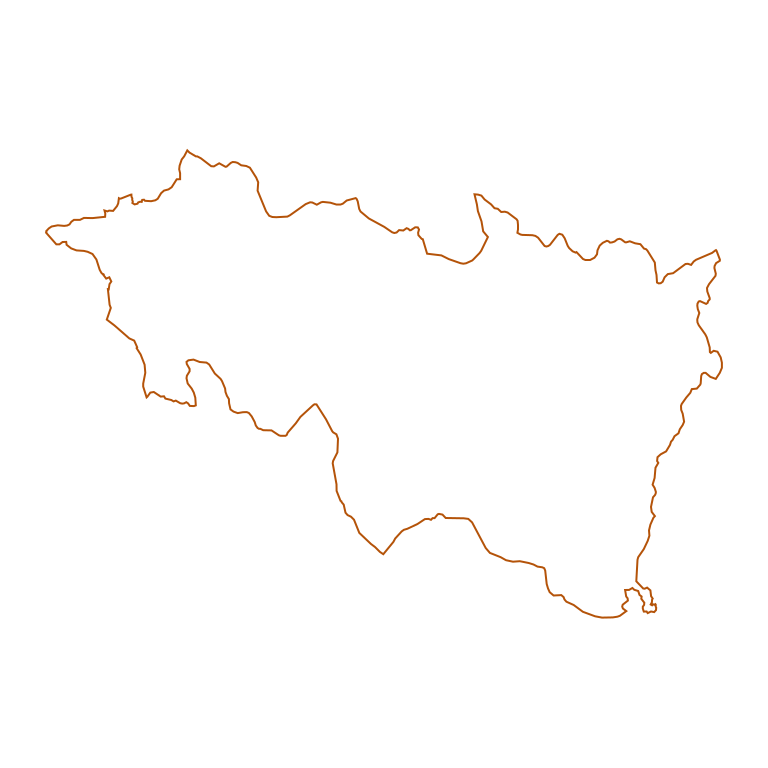 Karo, Sumatera Utara, Indonesia
{"feature_id": "22746128B49947212525753", "entity_name": "Karo", "entity_type": "district", "adm_level": 2, "iso_a3": "IDN", "parent_name": "Indonesia", "parent_adm1": "Sumatera Utara", "projection": "robinson", "projection_center": [98.306, 3.1], "detail": "fine", "context": "isolated", "style": "outline", "palette": "amber", "viewbox_px": 768, "rotation_deg": 0, "n_neighbors": 0, "source": "geoboundaries", "source_scale": "gbopen_adm2", "svg_char_len": 6101}
<svg xmlns="http://www.w3.org/2000/svg" viewBox="0 0 768 768"><path d="M143.2,386.6L146.6,397.4L147.3,396.8L150.3,392.6L153.8,392.0L160.7,396.6L164.0,396.3L165.4,398.6L171.3,400.0L173.6,401.4L175.8,400.6L180.2,403.2L182.2,403.6L184.0,403.4L186.3,402.2L188.1,403.4L189.8,405.9L193.9,406.1L195.8,405.4L195.3,397.7L193.8,392.6L191.7,388.6L187.7,383.5L186.5,378.2L186.9,375.7L189.6,371.3L189.6,368.9L186.8,364.0L186.5,361.9L188.4,360.3L193.5,359.6L199.7,362.0L206.5,362.6L209.2,364.5L214.8,373.5L220.6,378.9L222.0,381.1L225.1,388.5L225.5,392.0L226.9,395.8L228.9,399.1L229.1,403.3L230.5,409.4L233.5,411.6L237.7,413.1L243.0,412.2L246.8,412.1L248.9,413.0L251.7,416.4L254.7,422.0L255.8,425.5L257.6,428.0L259.0,428.8L260.3,428.8L263.2,430.2L271.5,430.4L278.9,435.3L280.6,435.8L285.5,435.8L286.7,435.0L287.7,432.6L295.8,423.3L300.4,416.9L313.0,405.3L314.4,404.3L316.5,404.4L326.0,419.3L332.2,431.2L333.2,432.4L336.4,434.3L338.0,438.7L337.4,452.4L333.1,461.0L332.7,463.3L336.5,484.3L336.6,490.9L340.5,500.8L341.4,501.3L341.7,502.3L343.7,504.6L345.5,512.7L347.6,515.1L351.0,516.7L354.0,519.7L359.3,532.9L371.0,544.0L375.1,547.1L379.9,551.9L383.3,554.2L393.4,541.9L395.2,538.5L401.7,531.4L403.9,529.8L407.3,528.8L417.5,524.0L424.9,519.1L428.5,518.9L431.0,519.8L432.6,518.1L434.6,518.1L437.7,514.3L439.0,513.9L442.5,514.6L445.7,518.0L463.8,518.3L468.3,518.9L472.1,522.4L485.7,548.0L489.9,552.9L500.7,557.2L506.0,560.2L513.0,561.7L519.8,561.2L528.7,563.0L533.5,564.5L537.5,566.6L542.3,567.3L544.2,568.2L545.2,570.5L546.7,584.0L548.0,588.4L549.7,592.2L553.6,595.5L561.3,595.1L563.6,597.1L564.5,599.5L566.4,601.7L573.7,605.0L582.9,611.8L595.1,616.3L602.0,617.6L612.8,617.4L617.4,616.7L619.9,615.8L626.3,611.1L622.9,608.5L622.2,606.6L622.7,604.7L627.9,600.6L627.6,598.3L626.2,596.5L625.1,590.0L629.1,589.9L632.4,588.0L634.3,589.8L638.2,591.0L639.5,594.9L641.6,596.5L641.3,598.8L644.3,602.7L644.1,604.9L642.8,606.7L642.8,608.5L643.8,611.6L646.6,611.5L647.7,613.1L651.0,611.5L654.2,612.1L656.0,610.1L656.2,607.7L655.7,606.6L655.7,604.5L655.3,604.1L654.5,604.8L653.0,604.3L652.1,605.3L650.7,604.5L651.9,602.3L652.1,599.5L652.7,598.6L651.1,596.2L650.4,590.4L647.1,587.6L644.7,588.7L643.2,588.5L636.3,581.3L637.5,559.8L638.2,557.2L643.8,549.1L647.7,540.9L649.4,535.7L649.0,530.4L650.4,524.6L653.4,517.8L654.9,516.1L651.7,511.9L651.0,506.9L653.0,497.3L655.1,494.9L655.7,493.4L655.9,492.0L654.6,487.9L652.6,484.7L654.6,478.0L655.5,467.7L658.3,462.9L657.1,461.0L657.5,457.2L660.7,454.3L666.1,451.4L670.0,444.9L671.0,441.7L672.7,439.8L674.5,436.2L678.5,433.3L679.8,429.3L682.7,425.0L684.1,421.7L682.7,413.7L681.2,409.9L681.0,405.9L681.7,404.0L686.3,397.5L690.3,392.8L691.8,389.1L696.8,388.6L700.3,384.6L700.7,383.3L701.2,376.0L701.9,374.1L703.7,372.9L705.7,372.9L710.4,376.9L715.8,378.9L719.8,372.8L721.9,367.8L721.9,362.7L720.7,357.4L717.5,351.7L713.7,350.8L710.8,352.9L709.9,352.1L709.7,347.4L706.8,337.4L705.3,334.4L698.8,325.3L697.5,322.5L697.3,320.6L697.3,319.2L699.3,313.0L697.8,309.1L697.3,305.7L697.5,303.6L698.7,301.5L700.0,301.1L706.1,303.9L707.6,302.9L708.2,301.0L709.7,299.4L709.7,298.1L707.3,291.5L707.0,288.0L709.0,284.2L715.5,275.8L715.8,273.7L714.4,268.0L714.6,266.0L716.1,263.1L719.8,260.8L719.9,259.6L716.5,250.7L716.0,250.1L715.4,250.4L712.1,252.9L696.0,259.8L693.7,261.5L691.1,264.9L687.9,263.8L685.5,264.0L673.1,273.2L667.8,274.1L664.6,277.3L662.7,281.7L660.7,283.2L658.7,283.4L657.0,282.5L656.5,274.9L655.5,270.3L654.8,262.5L647.4,250.6L646.1,249.2L644.0,248.6L640.4,244.2L635.1,243.3L629.8,241.3L626.0,242.4L625.0,242.2L621.3,239.4L619.5,238.8L617.4,239.3L614.6,241.5L612.0,242.4L610.0,242.6L608.5,241.3L606.9,240.8L602.8,242.8L599.7,245.6L597.5,250.3L597.0,254.3L594.5,257.7L590.1,260.0L585.4,260.0L583.0,259.0L576.5,252.1L575.6,252.6L572.6,251.3L569.1,248.0L567.7,245.8L564.7,238.3L562.3,234.7L559.4,233.8L557.7,234.9L550.0,244.8L548.3,246.0L546.4,246.5L544.6,246.0L538.1,237.7L535.4,235.9L532.4,235.2L522.3,234.9L520.5,234.5L517.4,232.8L518.0,229.4L518.0,224.9L517.6,220.8L516.6,219.3L507.6,212.5L504.8,211.7L501.2,212.0L497.8,208.8L494.5,208.2L491.1,204.4L484.6,199.5L481.4,195.6L478.0,194.6L474.5,194.3L476.9,204.4L477.9,211.1L481.5,221.4L483.2,231.4L487.9,237.0L481.2,250.8L479.6,253.0L473.6,259.2L472.2,260.5L466.0,263.3L463.3,263.7L460.5,263.2L448.8,259.1L441.4,255.4L427.1,253.7L422.8,239.2L421.7,238.9L418.4,235.2L418.1,232.7L419.0,229.5L417.8,227.4L415.2,227.3L410.8,230.2L409.8,230.3L408.4,228.9L406.6,228.2L403.3,230.5L399.1,230.1L396.6,232.5L394.3,233.0L392.2,232.3L384.3,226.9L368.9,218.5L360.5,211.5L359.2,208.9L357.7,201.3L356.6,198.9L355.7,198.1L346.7,200.5L342.8,203.7L340.6,204.5L336.3,204.5L330.4,202.7L322.9,201.9L321.1,202.3L316.8,204.7L312.3,202.5L310.1,202.3L305.7,204.1L289.9,215.3L287.4,216.6L276.3,217.2L272.3,217.0L269.2,215.8L266.1,211.4L257.6,190.7L258.2,182.3L256.2,177.6L249.9,167.7L246.3,166.0L241.2,165.3L237.6,162.9L235.3,162.2L232.7,162.0L230.8,162.9L226.6,166.6L225.5,166.8L219.2,163.3L213.9,166.4L211.2,166.2L200.9,158.3L197.3,156.4L195.9,156.4L189.5,152.6L187.3,150.4L184.2,156.3L181.7,159.5L179.6,165.7L179.2,169.3L180.1,173.2L180.1,179.2L176.7,179.3L171.7,187.2L168.5,189.4L164.0,190.6L161.1,193.2L157.7,198.8L155.3,200.3L151.1,201.2L145.0,200.8L144.0,199.7L142.2,199.9L141.7,201.9L140.2,201.7L138.2,202.4L137.5,203.7L134.6,204.4L132.4,203.0L132.8,201.4L132.2,199.9L132.3,198.3L131.5,196.8L131.4,194.6L130.7,194.7L121.1,198.5L119.8,198.7L118.9,198.2L118.2,203.4L117.0,206.1L113.1,210.9L109.1,210.6L107.4,211.4L104.5,210.5L105.3,213.6L105.1,216.8L92.5,218.1L84.0,217.9L79.9,219.9L73.9,219.9L71.3,221.8L69.5,224.4L67.2,225.5L64.2,225.9L57.8,225.3L51.6,226.5L48.8,228.4L46.2,231.2L46.5,232.0L46.1,232.7L56.3,244.3L59.5,244.3L62.6,242.0L66.2,241.9L66.6,244.8L71.2,248.4L76.5,250.4L83.9,250.9L87.7,251.8L92.5,254.0L96.4,259.5L99.7,269.8L101.4,272.9L103.3,274.7L104.2,273.6L103.3,274.8L106.2,278.6L109.3,277.3L111.3,281.5L109.5,284.1L108.7,289.4L107.9,289.2L109.6,304.8L110.8,307.9L106.8,319.6L114.4,325.4L129.3,338.4L134.2,340.6L137.2,347.3L136.6,348.1L140.7,354.6L144.6,364.7L145.3,372.8L143.2,383.6L143.2,386.6Z" fill="none" stroke="#b45309" stroke-width="2"/></svg>